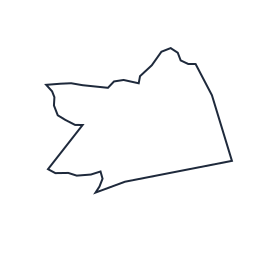 outline of Viçosa, Rio Grande do Norte, Brazil, rotated 65°
{"feature_id": "56859067B18888799469795", "entity_name": "Viçosa", "entity_type": "district", "adm_level": 2, "iso_a3": "BRA", "parent_name": "Brazil", "parent_adm1": "Rio Grande do Norte", "projection": "natural_earth1", "projection_center": [-37.965, -5.993], "detail": "fine", "context": "isolated", "style": "outline", "palette": "slate", "viewbox_px": 256, "rotation_deg": 65, "n_neighbors": 0, "source": "geoboundaries", "source_scale": "gbopen_adm2", "svg_char_len": 565}
<svg xmlns="http://www.w3.org/2000/svg" viewBox="0 0 256 256"><g transform="rotate(65 128 128)"><path d="M175.4,153.5L201.7,47.7L133.8,38.1L98.6,39.7L95.4,46.4L89.0,51.7L80.8,51.1L73.6,55.6L73.0,65.5L81.2,79.9L86.1,95.2L92.0,99.4L82.6,111.7L79.9,121.0L83.1,129.2L70.0,151.1L63.4,160.6L59.4,170.3L54.3,183.9L62.7,181.3L69.0,181.7L76.3,185.6L86.8,186.3L94.3,181.3L102.8,174.7L106.1,167.9L131.5,217.9L138.2,212.9L143.5,201.1L149.5,194.6L154.5,181.3L155.8,171.3L163.2,172.5L169.0,178.6L172.8,184.7L175.4,153.5Z" fill="none" stroke="#1e293b" stroke-width="2"/></g></svg>